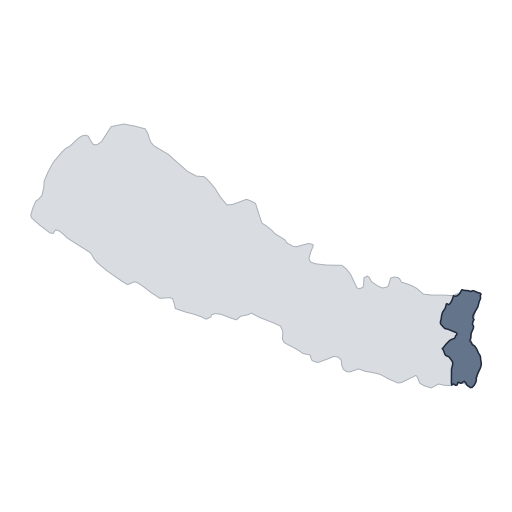 Nepal, with Mechi highlighted
{"feature_id": "NPL-1135", "entity_name": "Mechi", "entity_type": "Administrative Zone", "adm_level": 1, "iso_a3": "NPL", "parent_name": "Nepal", "parent_adm1": "", "projection": "orthographic", "projection_center": [87.832, 27.137], "detail": "fine", "context": "in_parent", "style": "filled", "palette": "slate", "viewbox_px": 512, "rotation_deg": 0, "n_neighbors": 0, "source": "natural_earth", "source_scale": "10m", "svg_char_len": 4620}
<svg xmlns="http://www.w3.org/2000/svg" viewBox="0 0 512 512"><path d="M477.8,292.1L480.0,293.8L480.3,296.7L479.9,299.8L477.6,306.6L475.4,311.4L473.0,321.4L470.8,338.9L471.3,341.9L478.0,351.9L480.6,359.6L480.9,364.9L478.0,373.7L474.8,383.6L473.3,385.8L471.4,386.6L463.1,383.2L457.4,383.7L450.9,385.6L444.0,385.2L438.4,384.0L431.2,388.0L424.3,385.8L419.9,383.3L417.0,376.4L415.8,375.5L401.3,382.6L397.9,383.0L388.9,379.1L381.6,375.1L378.9,374.0L371.8,372.4L365.5,371.4L358.6,368.9L349.9,371.9L346.5,371.6L343.3,369.3L341.6,364.7L341.3,360.3L338.4,357.2L333.9,356.4L327.5,359.0L318.2,362.4L315.2,361.8L312.5,360.7L311.5,359.7L310.3,355.5L308.8,354.6L306.7,354.4L302.9,353.4L298.3,350.2L284.2,342.6L282.5,339.3L282.8,332.2L282.0,329.3L280.4,326.1L273.2,322.8L259.2,317.3L251.5,313.1L247.7,314.8L240.5,316.3L236.6,319.8L232.0,318.5L221.1,314.3L215.3,313.6L211.7,314.7L210.8,316.9L206.2,319.2L202.0,317.1L193.7,314.1L186.4,312.3L175.3,308.6L174.3,303.6L172.6,298.7L170.0,297.7L159.9,298.3L151.0,292.5L141.5,285.2L137.4,282.7L134.7,281.8L132.3,282.6L129.5,284.0L127.0,284.4L121.8,281.1L115.3,276.6L107.2,271.0L97.8,263.2L94.0,258.9L92.4,255.8L90.5,252.8L82.3,247.6L75.8,243.5L68.0,238.5L66.7,237.5L63.9,234.7L59.4,231.0L55.6,229.8L54.3,231.6L53.3,233.5L49.9,232.9L45.0,229.1L39.8,225.2L35.7,221.6L31.6,217.9L30.7,215.3L33.0,207.5L36.0,200.9L38.3,199.6L42.0,195.3L43.8,187.6L44.2,180.9L48.2,171.7L53.5,162.0L62.2,151.7L65.9,148.3L70.0,146.1L77.9,138.6L79.5,137.4L82.9,135.6L86.1,135.2L88.4,136.3L90.6,140.6L93.4,144.7L97.1,144.7L101.5,141.6L111.2,126.6L123.7,124.0L135.2,126.2L145.3,128.9L148.1,134.2L149.8,139.8L151.0,142.6L154.2,146.0L168.4,154.4L176.5,161.7L187.8,171.6L196.4,176.1L204.2,176.7L208.4,180.6L214.8,188.1L220.1,196.7L226.8,204.8L231.6,204.7L238.3,202.4L246.5,199.3L251.2,201.1L255.5,203.4L256.8,207.5L259.2,215.1L261.9,223.1L266.5,226.0L271.8,230.3L274.8,233.6L284.9,239.8L286.3,242.2L288.4,243.9L290.9,245.0L292.9,246.3L296.1,246.8L308.2,243.5L311.3,244.0L313.1,244.7L313.2,246.0L310.9,251.5L308.9,258.6L310.7,262.2L315.7,263.8L326.8,265.1L341.7,265.3L346.2,268.9L350.6,274.4L355.0,283.7L356.8,287.7L359.0,288.8L363.0,287.4L363.7,283.6L363.9,277.9L367.2,276.0L369.3,277.5L371.7,281.9L377.8,286.0L382.3,288.0L386.6,287.3L388.4,285.8L390.6,278.1L393.9,277.0L398.2,277.6L399.8,279.1L401.5,282.2L406.7,283.7L411.8,285.7L416.6,288.3L423.4,294.1L431.8,295.1L441.5,295.1L446.6,295.2L450.4,295.6L453.8,295.2L463.8,291.1L467.9,290.8L472.9,291.3L477.8,292.1Z" fill="#d9dde1" stroke="#a8b0b8" stroke-width="1"/><path d="M462.4,289.7L463.5,290.3L467.9,290.6L468.5,290.7L469.7,291.3L470.4,291.5L471.1,291.4L472.6,290.7L473.3,290.7L474.6,291.1L477.0,292.4L478.2,292.7L479.6,293.0L480.4,293.3L480.8,293.7L481.0,294.4L480.3,295.6L480.6,298.2L480.0,299.8L479.2,301.5L477.9,306.8L474.4,312.8L472.9,316.0L472.9,316.7L472.9,317.3L473.2,318.5L473.4,318.8L473.9,319.3L474.0,319.6L473.8,320.1L473.6,320.5L473.3,320.8L473.1,321.2L472.6,322.7L472.5,323.4L472.5,324.3L472.8,325.0L473.5,326.2L473.6,326.9L473.3,328.5L471.9,331.6L471.0,333.5L470.8,338.0L470.0,339.8L469.9,340.4L470.0,340.9L470.3,341.4L471.2,342.2L472.2,344.5L473.2,345.2L474.1,345.6L474.8,346.3L476.0,347.9L477.2,350.0L478.0,352.2L478.5,353.2L479.8,355.1L480.3,356.1L480.5,357.2L480.7,359.9L481.2,362.5L481.3,363.7L481.2,364.9L481.0,366.1L480.0,368.9L477.5,374.0L476.7,376.7L476.2,378.0L476.2,378.7L476.4,379.5L475.9,382.1L474.2,385.2L472.1,387.4L470.3,387.6L469.5,386.9L467.7,385.8L466.9,385.0L466.5,384.4L466.1,383.3L465.9,382.8L465.7,382.8L464.4,381.7L464.3,381.4L463.3,381.7L461.6,383.1L460.6,383.2L459.5,382.6L458.6,382.3L457.8,382.5L457.5,383.9L457.1,384.9L456.2,385.3L455.3,385.2L454.5,384.5L453.6,384.0L452.4,384.4L451.7,384.9L451.5,384.0L451.4,383.1L451.5,369.2L452.8,363.9L452.7,362.9L452.7,362.4L451.8,360.7L449.0,356.9L448.9,356.8L446.7,355.9L445.7,355.4L445.2,354.8L444.8,354.1L443.5,350.4L442.3,348.6L443.4,347.5L446.0,344.2L449.2,340.9L450.7,339.8L451.4,339.5L453.9,338.6L454.4,338.3L454.8,337.9L455.1,337.4L455.3,336.9L455.4,336.3L455.6,335.8L456.5,335.0L456.8,334.6L456.9,334.2L456.9,333.8L456.8,333.4L456.6,333.0L455.7,332.4L453.3,331.5L447.9,329.2L445.4,328.7L444.7,328.4L444.3,328.1L441.0,324.4L440.6,323.8L440.4,323.0L440.4,322.1L440.6,320.9L441.1,319.3L441.6,315.6L442.3,313.0L442.7,312.0L443.4,310.9L444.4,309.5L445.1,308.4L445.7,306.7L446.2,304.4L446.4,303.9L446.9,303.8L447.3,303.8L447.7,304.1L448.0,304.3L448.5,304.5L448.9,304.5L449.4,304.2L450.1,303.5L451.0,302.1L452.2,299.6L453.5,295.8L454.8,296.2L456.3,296.1L457.9,295.3L459.2,294.1L460.3,292.6L461.2,290.8L461.8,289.8L462.4,289.7Z" fill="#64748b" stroke="#1e293b" stroke-width="1.5"/></svg>